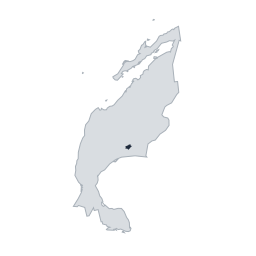 location of Victoria, Tamaulipas, Mexico, rotated 80°
{"feature_id": "50627088B11900040853895", "entity_name": "Victoria", "entity_type": "district", "adm_level": 2, "iso_a3": "MEX", "parent_name": "Mexico", "parent_adm1": "Tamaulipas", "projection": "albers", "projection_center": [-99.19, 23.69], "detail": "fine", "context": "in_parent", "style": "filled", "palette": "slate", "viewbox_px": 256, "rotation_deg": 80, "n_neighbors": 0, "source": "geoboundaries", "source_scale": "gbopen_adm2", "svg_char_len": 4381}
<svg xmlns="http://www.w3.org/2000/svg" viewBox="0 0 256 256"><g transform="rotate(80 128 128)"><path d="M36.6,60.6L51.4,61.0L50.5,62.4L73.1,73.1L90.6,74.3L90.8,71.1L101.7,71.8L103.5,74.2L110.8,80.7L112.5,86.0L113.8,88.1L120.9,92.4L123.3,90.9L125.1,87.1L127.3,86.3L132.5,87.1L136.8,91.4L139.6,97.6L144.6,103.2L144.9,106.7L147.2,111.1L158.4,115.2L159.9,114.5L156.6,125.9L155.6,139.4L156.2,142.3L159.2,146.2L158.6,148.3L158.8,146.2L156.2,142.9L157.1,146.0L160.2,152.3L165.2,158.3L166.4,162.1L170.0,165.9L169.0,165.8L171.1,166.7L170.4,166.1L174.1,166.5L176.8,167.8L179.2,170.2L185.3,168.1L189.9,167.6L192.9,166.0L196.1,165.5L196.7,166.1L196.5,166.9L199.2,167.2L200.9,165.9L200.3,164.0L199.5,164.5L199.7,164.1L204.2,160.5L204.4,157.8L205.7,156.1L205.4,151.8L206.1,148.4L209.6,146.3L215.8,144.9L218.5,143.6L221.5,143.1L226.7,143.8L227.0,143.0L225.7,143.1L227.4,142.5L229.6,143.7L230.1,145.6L229.3,148.3L226.3,152.6L226.3,155.3L224.8,157.0L225.1,157.6L226.6,157.2L225.2,159.0L225.3,159.7L226.3,159.4L224.8,166.2L224.3,166.9L223.1,165.5L222.6,163.0L221.3,165.7L219.8,166.0L218.1,169.6L215.8,169.7L215.7,170.8L203.2,171.6L203.4,175.6L200.5,175.8L207.7,181.6L207.7,183.8L198.7,184.4L195.7,190.2L196.7,191.6L195.7,195.4L188.9,189.3L183.5,185.2L180.2,183.6L179.9,184.1L182.9,185.4L178.2,184.3L178.5,183.2L177.3,183.7L176.5,182.8L175.7,183.8L177.3,184.3L174.9,184.6L172.7,186.1L165.4,188.5L160.7,186.8L156.7,186.4L154.0,184.7L151.3,184.0L149.6,182.4L143.2,181.1L135.2,177.6L130.0,174.3L127.9,172.0L122.5,171.2L117.4,169.1L114.3,165.4L107.5,161.7L104.0,156.8L102.8,153.8L105.7,152.5L105.3,151.2L104.0,150.8L106.0,148.6L106.3,146.0L104.8,145.0L103.5,142.3L103.6,139.8L102.7,137.6L98.9,133.3L95.6,128.2L90.4,123.7L91.9,124.6L92.1,123.6L89.3,122.6L87.3,119.1L88.8,119.3L84.8,116.7L84.3,115.6L82.7,115.9L82.4,115.3L83.7,114.1L81.6,115.0L80.5,113.9L80.4,111.7L82.0,109.9L82.5,110.3L81.6,108.2L80.4,106.8L78.6,106.8L77.6,104.0L75.5,103.2L74.3,102.0L73.6,99.5L74.3,98.0L70.6,97.0L64.7,88.9L64.4,87.1L63.5,86.4L60.1,76.7L60.0,73.9L60.6,73.0L57.1,71.4L56.4,69.9L55.3,69.2L54.0,70.0L49.5,66.7L50.2,68.6L49.2,72.0L50.0,74.9L50.4,80.3L54.9,85.4L56.2,88.8L56.9,88.7L57.2,89.7L57.9,89.9L58.4,92.0L59.8,92.7L60.2,97.1L62.6,99.5L63.3,102.0L64.4,102.9L65.0,105.8L66.0,106.6L65.6,104.4L66.9,105.8L68.2,112.5L69.7,114.5L71.5,119.5L71.1,121.4L71.4,123.3L73.2,125.1L74.0,123.4L79.1,130.1L78.4,132.3L76.1,133.9L74.9,134.0L72.9,128.7L64.9,121.2L64.1,121.2L62.5,118.9L62.3,117.4L63.0,114.2L62.5,111.1L61.4,108.9L57.5,105.8L56.9,103.1L56.1,104.2L53.9,104.5L52.6,102.5L48.9,100.3L48.4,98.8L45.8,96.3L45.6,95.5L48.5,96.2L50.3,95.8L50.2,96.4L51.6,97.3L51.2,95.5L50.6,95.3L52.3,92.0L47.4,84.8L43.1,81.4L42.5,79.8L42.7,77.4L41.7,76.4L41.6,73.6L40.3,72.3L40.3,70.6L38.6,67.8L38.3,66.5L39.1,65.8L37.8,64.6L36.6,60.6ZM64.4,89.0L63.8,90.6L62.3,89.9L63.1,87.4L64.0,87.3L64.4,89.0ZM58.4,88.1L56.5,86.0L56.1,84.1L57.1,84.8L57.2,85.9L58.3,86.3L58.4,88.1ZM229.5,151.8L228.9,151.3L229.1,150.5L230.5,149.7L229.5,151.8ZM62.4,121.0L61.0,119.1L62.2,115.6L61.7,118.8L62.4,121.0ZM44.9,93.7L43.8,93.4L44.8,91.6L45.2,93.0L44.9,93.7ZM26.3,85.1L25.5,83.8L25.8,83.3L26.1,83.4L26.3,85.1ZM63.7,121.2L64.5,122.6L62.7,121.1L63.7,121.2ZM97.6,144.7L97.4,145.3L96.9,145.0L96.8,144.0L97.6,144.7ZM72.2,118.3L72.5,119.4L71.6,117.9L72.2,118.3ZM69.0,110.8L69.6,111.3L68.6,112.2L69.0,110.8ZM66.4,163.3L66.0,163.4L65.4,162.9L66.0,162.4L66.4,163.3ZM198.2,165.4L197.1,165.8L199.0,165.1L198.2,165.4ZM77.0,124.8L76.5,124.7L76.5,123.6L77.0,124.8Z" fill="#d9dde1" stroke="#a8b0b8" stroke-width="1"/><path d="M145.6,130.0L145.9,130.0L146.0,130.3L145.9,130.3L145.7,130.4L145.8,130.5L145.9,130.8L145.9,131.0L146.0,131.1L146.0,131.4L146.2,131.5L146.0,131.9L146.1,132.1L146.2,132.5L146.3,132.9L146.5,132.8L146.8,133.0L147.1,133.1L146.9,133.0L146.9,132.9L147.0,132.9L147.0,132.7L147.2,132.4L147.3,132.5L147.3,132.4L147.3,132.2L147.5,132.2L147.6,131.9L147.9,131.6L148.0,131.5L148.1,131.4L148.3,131.3L148.2,131.2L148.3,131.1L148.2,131.0L148.3,131.0L148.2,131.0L148.2,130.9L148.0,130.7L147.9,130.6L147.8,130.4L147.7,130.3L147.6,130.2L147.4,130.0L147.3,129.9L147.2,129.8L147.2,129.7L147.0,129.4L147.0,129.5L146.9,129.5L146.9,129.4L146.7,129.2L146.8,129.2L146.7,129.1L146.6,128.9L146.4,128.9L146.3,129.0L146.2,129.0L146.0,129.3L145.9,129.3L146.0,129.4L145.8,129.5L145.7,129.5L145.4,129.6L145.5,129.8L145.6,130.0Z" fill="#64748b" stroke="#1e293b" stroke-width="1.5"/></g></svg>